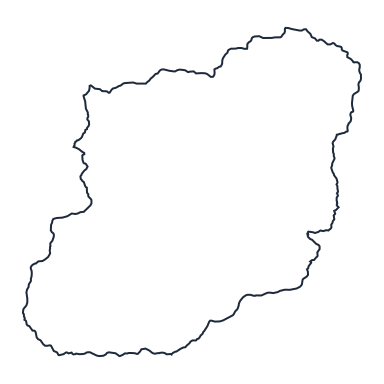 San José Del Palmar, Chocó, Colombia (Mercator projection)
{"feature_id": "7082276B34896182965166", "entity_name": "San José Del Palmar", "entity_type": "district", "adm_level": 2, "iso_a3": "COL", "parent_name": "Colombia", "parent_adm1": "Chocó", "projection": "mercator", "projection_center": [-76.278, 4.967], "detail": "fine", "context": "isolated", "style": "outline", "palette": "slate", "viewbox_px": 384, "rotation_deg": 0, "n_neighbors": 0, "source": "geoboundaries", "source_scale": "gbopen_adm2", "svg_char_len": 5810}
<svg xmlns="http://www.w3.org/2000/svg" viewBox="0 0 384 384"><path d="M305.9,29.2L303.8,29.4L301.9,30.5L299.3,30.5L291.6,29.0L288.3,28.0L285.5,27.9L284.9,28.8L284.9,31.5L284.5,32.9L282.6,34.8L281.9,36.0L280.9,37.1L280.2,37.3L274.7,37.4L272.0,37.9L263.1,38.0L259.2,36.2L254.5,36.5L252.6,37.3L251.7,38.4L251.5,39.8L250.7,41.1L248.8,42.3L247.4,43.9L247.2,48.2L247.0,48.8L244.2,48.8L241.6,48.0L238.0,48.0L236.0,48.6L231.0,48.7L229.0,49.7L228.0,50.5L227.5,52.6L225.3,54.6L223.0,58.2L222.3,60.3L222.2,63.1L221.8,64.6L220.7,66.5L219.3,66.7L217.0,68.3L215.6,68.6L214.4,69.4L214.6,73.5L214.2,75.1L213.0,76.8L210.8,76.9L207.3,74.1L205.3,73.3L201.6,73.1L196.0,73.4L193.7,71.4L189.5,71.7L188.4,72.1L187.8,72.0L185.3,70.3L181.2,69.7L179.1,69.7L177.0,70.3L175.2,71.4L173.8,71.4L169.4,70.8L163.8,69.4L162.4,69.4L160.9,69.8L159.7,70.7L157.7,73.5L155.6,73.9L153.0,76.7L150.6,78.7L149.1,80.8L147.8,81.6L145.8,83.6L136.7,83.6L133.1,82.5L124.6,83.1L123.0,83.7L120.6,85.6L118.6,86.1L117.4,87.0L115.2,88.0L113.1,88.4L111.6,89.7L109.7,92.6L108.8,92.8L107.1,91.5L106.4,91.3L102.2,91.1L99.9,89.2L94.9,88.6L91.2,85.6L90.6,85.4L89.6,85.9L89.6,88.0L89.0,90.8L86.0,94.4L83.6,95.4L83.6,96.3L85.2,101.6L85.9,108.7L87.8,112.4L87.8,114.5L88.2,115.0L88.2,116.4L88.1,117.1L87.4,118.1L87.3,119.0L87.4,119.6L88.9,121.3L89.1,124.6L88.8,125.0L88.7,125.9L87.1,127.8L87.0,129.1L85.4,129.9L84.8,132.6L83.3,133.5L81.9,137.0L81.1,138.1L78.4,140.2L77.1,140.3L76.7,141.0L75.3,141.8L75.3,142.6L74.5,143.6L74.6,145.3L74.0,146.0L73.6,147.0L76.3,147.8L79.1,149.3L82.3,151.9L84.2,152.9L84.3,154.3L82.7,154.9L82.3,155.5L82.5,159.7L83.5,162.8L84.1,163.3L85.7,163.7L87.6,166.6L86.2,169.2L84.5,170.4L83.4,171.7L81.7,174.0L81.4,175.1L80.4,176.3L80.8,179.1L81.5,179.6L82.2,180.8L83.9,182.2L85.1,185.8L85.8,187.1L86.8,187.6L87.0,192.6L88.3,194.3L88.2,195.4L88.5,196.7L90.5,198.6L91.3,199.7L91.5,201.2L91.4,203.6L90.4,205.4L83.8,211.8L80.3,212.2L77.8,213.5L75.3,214.0L71.8,213.5L67.4,216.2L62.5,217.6L56.7,218.0L53.4,218.9L52.4,220.6L52.1,222.7L51.1,224.7L50.8,230.4L51.8,232.1L53.3,233.3L53.7,234.1L53.9,235.4L53.7,237.0L52.6,240.1L52.2,241.0L50.6,242.8L50.2,244.2L50.5,246.1L50.0,246.9L50.1,248.7L49.7,250.1L50.1,253.5L48.1,257.0L45.1,259.4L42.5,261.0L38.3,261.4L35.9,263.5L35.3,263.4L33.1,264.5L31.8,265.6L30.8,267.1L30.8,268.8L31.6,270.7L31.8,273.4L31.6,276.2L30.9,278.8L30.9,281.1L28.9,284.2L28.5,287.2L27.1,289.4L26.4,292.4L27.3,298.4L27.3,302.6L26.3,305.6L23.5,308.9L23.1,310.9L23.0,313.2L23.8,314.1L24.0,316.6L24.8,318.1L24.4,319.8L25.6,320.5L26.1,321.2L26.7,324.4L27.6,325.5L29.3,326.1L32.5,330.6L34.4,330.7L34.9,331.1L35.6,332.0L36.7,337.4L38.0,339.1L40.5,340.3L43.3,344.3L45.0,345.7L47.1,345.8L49.9,345.3L51.0,345.7L53.8,351.0L56.7,352.2L57.3,352.8L58.4,354.9L59.1,355.2L63.4,354.2L66.2,352.4L67.1,352.5L68.5,353.4L71.6,352.6L72.4,353.8L73.3,354.4L75.4,354.1L76.1,353.6L79.5,354.2L82.9,354.0L84.9,353.6L86.8,352.4L89.8,352.2L96.8,355.6L99.5,356.1L103.5,355.7L105.9,354.3L107.1,352.9L108.9,352.3L115.6,353.3L119.3,356.0L119.9,356.1L122.8,354.8L124.8,353.4L127.1,353.5L128.7,353.0L131.1,353.0L134.8,353.2L136.7,353.9L137.7,353.9L140.0,351.6L141.4,349.3L145.5,348.6L149.5,350.6L152.3,352.9L153.4,353.4L155.1,353.7L157.8,353.1L159.5,353.1L160.1,352.8L162.9,352.6L165.5,353.4L166.3,354.2L166.8,354.3L170.8,354.0L171.5,354.5L171.7,354.0L173.1,352.8L175.3,351.7L176.5,351.5L180.2,349.0L183.3,347.5L185.4,347.2L186.8,345.5L189.4,343.3L190.5,341.6L192.6,340.4L195.8,340.5L196.2,340.3L197.1,339.0L198.5,338.7L200.0,336.8L200.6,335.5L202.5,333.9L203.4,331.8L204.1,331.2L207.4,326.1L209.2,321.7L210.1,320.7L211.7,320.7L214.9,321.6L219.9,321.4L223.1,320.4L232.6,315.4L233.5,314.6L235.2,311.4L237.5,309.0L238.6,305.9L238.9,303.7L240.0,301.1L242.8,297.5L245.2,295.7L246.9,294.9L247.9,294.8L250.3,294.8L253.9,295.8L255.2,295.8L255.9,295.4L261.3,295.5L267.3,292.8L269.9,292.6L273.1,293.1L277.7,292.1L279.9,290.9L284.8,289.7L289.9,289.8L296.6,288.5L299.9,286.8L301.3,285.4L301.9,284.4L302.6,279.8L303.3,278.8L306.6,276.7L308.0,274.9L307.9,271.7L307.0,269.3L308.2,268.2L308.6,266.2L311.2,262.8L311.2,262.3L310.2,261.5L312.0,260.1L314.0,260.0L316.1,257.5L317.4,256.4L317.6,255.6L317.3,252.4L319.6,249.1L319.6,246.3L318.5,244.9L316.3,244.0L312.1,239.8L310.0,238.9L308.0,236.8L307.7,235.8L308.2,234.8L307.4,234.3L307.3,233.5L308.0,233.2L308.1,231.9L308.6,231.6L313.5,232.4L314.9,233.0L318.2,232.0L320.4,230.5L323.2,231.1L326.3,230.2L328.5,230.5L329.5,229.4L330.4,229.0L331.4,227.5L331.3,224.6L332.5,222.8L332.8,221.2L334.3,219.3L333.7,215.4L335.2,213.8L334.2,210.9L336.0,210.0L338.6,207.3L336.9,205.5L336.7,204.9L337.3,203.3L336.9,202.7L337.1,201.9L336.6,200.4L336.7,197.5L337.9,195.8L337.6,194.4L336.9,193.3L338.0,191.8L337.4,188.2L337.4,186.1L336.5,184.4L337.4,182.9L337.5,182.1L336.5,178.5L334.1,175.3L333.8,173.9L332.7,172.2L331.2,167.8L332.0,165.7L332.3,163.2L334.5,158.8L334.5,157.8L333.9,156.6L333.7,153.7L333.1,152.4L332.9,148.6L333.5,146.6L332.6,143.1L333.2,141.7L335.4,139.2L336.0,137.2L336.4,136.7L336.8,134.7L338.5,134.5L339.2,133.9L340.5,133.9L341.5,133.4L344.3,132.9L346.1,131.7L347.4,131.5L347.7,130.9L347.4,128.0L347.5,126.0L348.5,124.3L348.5,123.6L350.5,121.5L351.0,120.0L351.2,118.0L350.3,114.8L350.7,113.1L351.5,112.1L352.8,111.8L353.3,110.9L352.1,105.7L352.0,102.8L352.8,95.6L354.0,94.0L357.6,91.8L358.6,90.8L358.9,88.0L358.4,84.2L359.0,82.4L360.4,80.8L361.0,78.8L360.9,74.5L359.8,72.7L359.2,70.6L359.4,68.4L359.7,67.9L359.8,65.0L359.0,63.3L357.5,62.3L354.8,62.2L354.1,62.5L353.2,62.0L352.8,61.1L350.8,59.0L347.3,57.1L347.2,55.1L347.7,54.2L347.8,53.2L347.4,52.3L342.5,50.5L341.8,49.4L341.7,47.9L341.1,46.9L338.5,46.2L337.4,46.2L335.7,45.2L334.4,43.6L333.6,43.2L332.9,43.0L330.4,44.4L327.6,44.4L323.9,41.1L321.7,39.7L319.4,39.7L318.5,40.7L316.9,40.7L315.0,38.4L311.8,37.1L310.4,33.9L307.7,31.5L305.9,29.2Z" fill="none" stroke="#1e293b" stroke-width="2"/></svg>